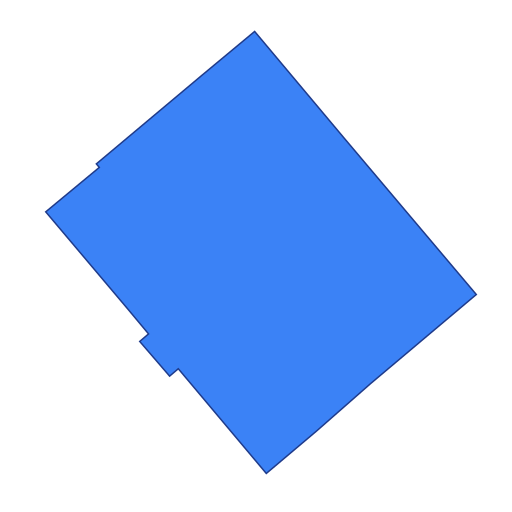 Rice, Kansas, United States of America (orthographic projection), rotated 50°
{"feature_id": "52423323B49565855345372", "entity_name": "Rice", "entity_type": "district", "adm_level": 2, "iso_a3": "USA", "parent_name": "United States of America", "parent_adm1": "Kansas", "projection": "orthographic", "projection_center": [-98.203, 38.341], "detail": "fine", "context": "isolated", "style": "filled", "palette": "blue", "viewbox_px": 512, "rotation_deg": 50, "n_neighbors": 0, "source": "geoboundaries", "source_scale": "gbopen_adm2", "svg_char_len": 357}
<svg xmlns="http://www.w3.org/2000/svg" viewBox="0 0 512 512"><g transform="rotate(50 256 256)"><path d="M427.1,112.0L221.3,112.7L83.1,112.7L82.8,181.6L82.8,319.1L87.4,319.1L87.0,388.7L212.6,388.3L246.6,388.4L246.7,400.0L292.5,399.4L292.4,388.0L429.2,387.9L429.0,322.3L427.4,250.2L427.1,112.0Z" fill="#3b82f6" stroke="#1e3a8a" stroke-width="1.5"/></g></svg>